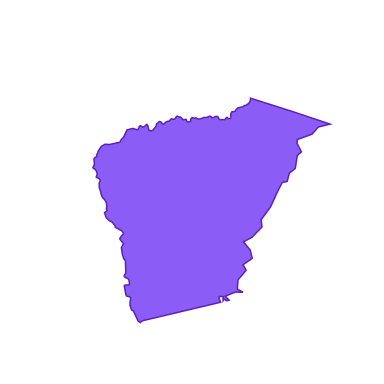 Oconee, South Carolina, United States of America (Natural Earth projection), rotated 36°
{"feature_id": "52423323B77121612808563", "entity_name": "Oconee", "entity_type": "district", "adm_level": 2, "iso_a3": "USA", "parent_name": "United States of America", "parent_adm1": "South Carolina", "projection": "natural_earth1", "projection_center": [-83.156, 34.764], "detail": "fine", "context": "isolated", "style": "filled", "palette": "violet", "viewbox_px": 384, "rotation_deg": 36, "n_neighbors": 0, "source": "geoboundaries", "source_scale": "gbopen_adm2", "svg_char_len": 2747}
<svg xmlns="http://www.w3.org/2000/svg" viewBox="0 0 384 384"><g transform="rotate(36 192 192)"><path d="M184.2,81.7L185.4,83.7L185.7,85.4L185.7,87.0L184.8,90.1L183.7,91.1L182.9,93.3L179.8,96.8L179.2,99.0L179.5,101.2L178.2,102.9L177.2,103.6L177.3,105.9L178.8,107.9L179.4,108.7L179.7,109.4L179.5,110.4L178.9,110.9L177.9,111.4L176.9,110.9L176.3,111.2L176.0,112.2L176.2,113.6L175.9,114.2L172.1,117.0L171.1,117.1L168.6,115.9L167.4,116.4L166.4,117.3L165.6,119.3L164.5,120.1L162.9,119.8L161.6,120.3L160.7,122.0L159.5,123.5L157.7,124.8L156.9,126.4L154.8,128.9L153.3,129.6L151.7,129.6L150.6,130.9L148.4,131.6L148.0,133.2L149.3,135.8L147.6,137.9L146.1,137.8L144.7,136.7L142.1,138.8L138.7,138.0L137.5,138.9L135.6,139.3L135.0,140.0L135.2,141.3L135.2,142.7L134.3,144.1L132.5,144.7L132.0,145.8L131.9,148.0L130.8,149.1L129.9,150.3L129.4,152.8L129.1,153.6L128.7,154.0L127.8,154.3L127.1,154.0L126.2,153.6L125.4,153.6L124.2,154.1L123.3,157.9L124.3,160.0L124.0,165.3L122.8,166.6L121.2,167.4L118.3,165.3L117.7,164.5L115.8,163.8L115.3,164.8L115.2,166.5L114.1,168.4L113.0,168.6L112.2,168.6L111.4,168.6L111.1,169.1L110.8,169.5L110.8,170.1L111.4,171.2L111.5,173.4L110.6,174.1L106.8,175.3L102.9,180.0L104.4,187.5L104.0,191.4L104.4,194.1L97.3,202.1L93.5,204.5L91.8,208.5L92.1,214.3L92.5,215.1L92.7,215.7L93.1,218.0L93.9,219.3L93.9,220.1L93.2,221.4L93.1,222.2L93.3,223.0L93.9,223.7L95.1,224.9L95.9,225.9L96.7,227.0L97.1,227.9L97.1,228.1L97.2,229.4L97.3,230.2L98.3,230.9L100.5,230.5L102.4,231.4L103.8,232.3L104.6,233.1L104.9,233.6L105.7,236.2L106.5,236.3L108.6,235.7L110.2,236.0L111.4,237.4L111.6,239.3L114.6,243.2L117.0,244.7L120.3,247.6L122.5,248.9L126.2,249.7L128.8,250.9L131.5,253.7L132.9,256.2L134.3,257.0L133.3,260.1L137.7,263.2L141.6,263.8L145.3,263.4L149.8,264.6L150.8,265.7L157.5,264.7L159.7,265.1L161.0,265.9L161.2,266.7L161.0,267.5L160.7,269.0L160.9,272.0L161.7,272.7L166.9,274.0L167.6,278.6L172.4,283.4L176.3,286.3L177.2,286.2L178.8,287.1L186.0,296.4L186.1,298.0L186.3,299.5L186.7,300.1L188.7,300.4L190.2,299.8L190.3,299.7L192.1,300.1L193.2,300.6L195.7,303.5L195.8,304.0L192.4,306.8L192.3,307.7L199.0,314.1L200.5,314.6L203.4,313.4L204.7,313.7L206.6,317.4L207.0,318.2L208.7,320.3L212.2,322.8L213.0,323.0L214.2,322.5L224.2,328.1L227.1,327.9L227.1,326.4L228.0,324.8L280.0,264.3L276.3,262.2L275.5,260.3L278.6,258.4L281.0,261.5L280.8,259.8L283.9,259.7L285.6,257.7L280.1,256.8L285.9,247.5L292.2,243.1L285.7,243.9L280.9,236.1L281.8,223.5L276.0,220.7L279.8,210.3L273.1,204.7L262.9,202.1L267.1,193.5L269.2,179.1L264.2,173.9L264.3,157.8L261.1,142.0L259.4,131.4L262.8,127.5L259.7,119.7L261.7,112.2L255.7,100.6L256.9,95.2L248.3,90.9L246.4,87.6L255.1,74.7L256.0,65.2L263.8,55.9L225.2,68.1L221.9,69.2L184.2,81.7Z" fill="#8b5cf6" stroke="#5b21b6" stroke-width="1.5"/></g></svg>